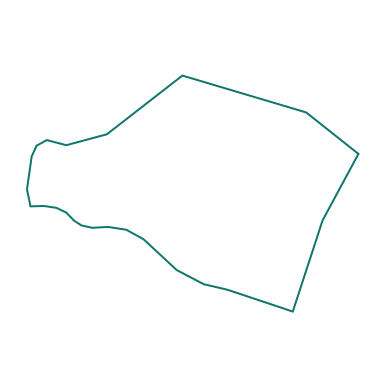 Šempeter-Vrtojba, Natural Earth projection, rotated 182°
{"feature_id": "SVN-261", "entity_name": "Šempeter-Vrtojba", "entity_type": "Municipality", "adm_level": 1, "iso_a3": "SVN", "parent_name": "Slovenia", "parent_adm1": "", "projection": "natural_earth1", "projection_center": [13.656, 45.922], "detail": "fine", "context": "isolated", "style": "outline", "palette": "teal", "viewbox_px": 384, "rotation_deg": 182, "n_neighbors": 0, "source": "natural_earth", "source_scale": "10m", "svg_char_len": 459}
<svg xmlns="http://www.w3.org/2000/svg" viewBox="0 0 384 384"><g transform="rotate(182 192 192)"><path d="M27.0,235.9L60.5,168.2L87.1,76.0L153.4,95.6L177.2,100.3L204.5,113.4L238.8,143.1L256.4,152.0L275.0,154.2L290.2,152.7L301.2,154.7L308.8,159.2L316.9,167.0L326.8,171.4L339.6,172.9L352.9,172.0L357.0,188.9L353.5,221.8L348.9,232.9L339.0,238.8L319.2,234.4L279.1,246.7L205.7,308.0L80.7,275.5L27.0,235.9Z" fill="none" stroke="#0f766e" stroke-width="2"/></g></svg>